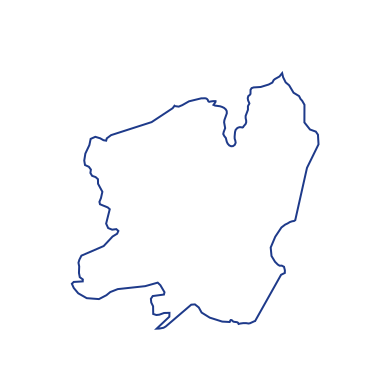 an SVG outline of Kordestan, rotated 108°
{"feature_id": "IRN-3241", "entity_name": "Kordestan", "entity_type": "Province", "adm_level": 1, "iso_a3": "IRN", "parent_name": "Iran", "parent_adm1": "", "projection": "natural_earth1", "projection_center": [46.82, 35.623], "detail": "fine", "context": "isolated", "style": "outline", "palette": "blue", "viewbox_px": 384, "rotation_deg": 108, "n_neighbors": 0, "source": "natural_earth", "source_scale": "10m", "svg_char_len": 2547}
<svg xmlns="http://www.w3.org/2000/svg" viewBox="0 0 384 384"><g transform="rotate(108 192 192)"><path d="M76.7,167.9L74.8,167.4L73.5,165.7L70.9,159.1L66.1,152.3L63.1,149.4L60.3,148.9L58.9,148.0L55.1,144.5L51.1,143.0L54.7,140.8L58.8,136.8L60.5,132.6L66.2,126.1L67.7,119.8L70.0,117.5L71.2,115.4L74.3,112.0L91.1,106.6L96.1,99.1L96.3,92.9L98.6,89.9L107.6,86.4L133.5,90.1L186.9,85.1L188.1,86.1L188.9,87.7L190.3,89.6L192.4,91.4L194.2,93.3L198.1,96.0L208.8,99.0L220.5,100.0L228.3,96.6L232.7,91.5L234.5,88.0L235.0,86.0L234.3,83.9L234.7,81.4L237.7,79.5L240.3,78.7L243.2,81.7L295.2,92.1L295.6,92.7L298.9,96.3L299.6,97.6L300.0,100.1L301.0,103.0L302.2,105.5L303.1,106.9L302.1,107.9L301.9,109.0L302.5,112.1L302.4,113.0L302.0,113.8L301.6,114.7L301.8,115.6L302.2,115.8L304.0,116.0L305.9,123.2L306.0,136.3L303.7,145.6L299.7,149.9L298.0,154.5L299.4,157.9L328.0,175.4L329.9,177.1L331.9,180.7L332.9,183.4L317.6,175.0L313.9,176.1L315.7,181.2L318.8,185.2L320.0,187.9L320.0,191.2L312.7,193.7L309.7,196.6L306.3,198.1L303.1,197.2L298.2,187.0L295.8,187.2L290.4,193.3L288.8,196.6L296.0,207.4L307.3,232.6L312.4,238.8L316.6,241.5L322.6,247.4L325.5,259.3L323.5,268.9L319.8,274.8L316.4,277.9L314.1,276.7L310.8,268.3L308.9,268.8L307.7,272.4L303.9,274.5L297.6,276.3L294.4,278.1L291.2,278.2L286.7,277.5L270.7,259.3L258.9,253.8L254.8,250.3L251.8,250.0L250.7,252.5L252.5,256.3L252.2,260.6L248.6,263.9L233.8,264.9L232.7,267.4L232.1,275.7L230.0,277.0L225.9,276.7L219.5,277.3L213.2,283.9L208.9,285.4L207.6,288.3L207.5,292.0L205.3,294.5L201.9,295.1L199.9,297.9L199.4,302.1L195.4,304.2L188.4,305.3L179.1,304.1L172.8,304.8L169.4,301.0L169.3,295.9L170.1,292.2L169.7,289.5L167.3,289.6L162.9,286.5L138.0,252.0L118.3,236.3L115.4,235.3L115.6,234.8L114.9,231.0L112.4,228.1L106.7,222.9L100.1,212.2L98.8,208.5L98.7,207.3L99.0,206.3L99.5,205.5L100.4,204.8L100.8,204.3L100.9,203.8L100.8,203.2L100.4,202.7L99.2,200.3L98.3,197.7L98.8,197.5L99.3,197.5L102.5,198.5L102.7,196.8L101.8,191.8L101.8,189.7L102.1,187.5L103.0,185.4L104.3,184.0L106.4,183.2L113.6,183.4L115.8,183.0L121.0,180.2L125.0,180.4L127.2,180.2L128.8,178.6L130.2,176.5L133.4,174.5L135.0,173.0L136.2,170.9L136.4,168.9L135.7,167.2L133.9,165.9L131.7,165.7L129.9,166.6L128.1,167.9L126.1,168.6L121.7,169.6L119.5,169.7L117.4,168.8L116.6,168.1L116.0,167.3L115.5,166.5L115.0,163.8L114.5,163.4L113.8,163.3L110.6,162.0L108.9,162.0L107.2,162.6L105.2,163.8L103.1,164.5L96.5,164.2L93.2,165.3L92.1,165.2L91.1,164.9L90.0,164.8L87.5,167.0L85.5,168.0L83.4,168.1L81.7,167.0L80.6,166.7L76.7,167.9Z" fill="none" stroke="#1e3a8a" stroke-width="2"/></g></svg>